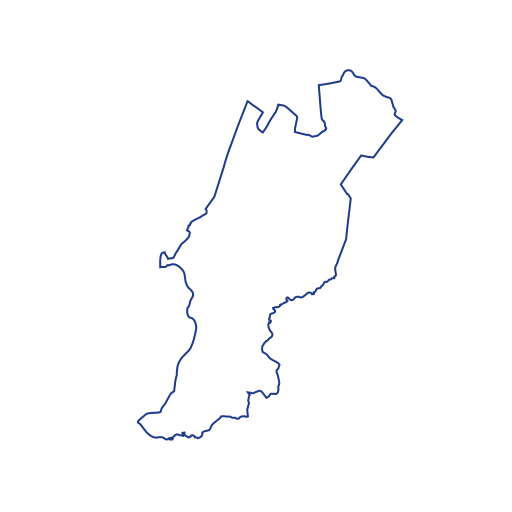 the district of Passore, Passoré, Burkina Faso, rotated 126°
{"feature_id": "67063806B82563699600395", "entity_name": "Passore", "entity_type": "district", "adm_level": 2, "iso_a3": "BFA", "parent_name": "Burkina Faso", "parent_adm1": "Passoré", "projection": "albers", "projection_center": [-2.033, 12.893], "detail": "fine", "context": "isolated", "style": "outline", "palette": "blue", "viewbox_px": 512, "rotation_deg": 126, "n_neighbors": 0, "source": "geoboundaries", "source_scale": "gbopen_adm2", "svg_char_len": 6119}
<svg xmlns="http://www.w3.org/2000/svg" viewBox="0 0 512 512"><g transform="rotate(126 256 256)"><path d="M80.9,305.6L99.1,290.1L105.2,284.6L106.6,283.1L106.7,282.7L107.2,281.7L107.0,281.2L107.0,280.7L107.5,279.9L107.8,278.7L110.5,276.3L110.8,275.2L111.3,274.3L111.8,274.1L113.0,273.9L113.0,274.2L113.8,274.1L114.8,274.4L117.2,275.7L120.0,276.2L122.6,277.0L126.4,280.5L127.0,284.5L127.2,285.0L127.9,285.7L128.7,287.2L132.8,297.4L130.2,299.3L120.3,303.7L119.1,304.8L118.8,305.8L118.3,311.0L117.7,317.2L117.7,320.1L117.8,321.5L119.7,325.5L120.3,326.5L120.3,326.9L120.6,327.0L121.5,326.2L122.4,326.3L123.3,326.0L124.0,325.5L126.1,325.2L127.6,324.6L129.7,324.8L132.4,324.5L135.8,324.4L139.5,324.1L143.3,323.5L147.1,323.2L152.0,323.1L152.2,324.5L151.9,328.4L150.8,330.6L149.3,331.9L148.4,332.9L146.2,333.8L139.6,334.5L138.2,334.5L135.7,334.9L135.6,343.1L135.8,347.5L135.6,352.5L135.8,353.8L161.0,347.2L189.5,339.1L198.2,336.2L203.5,334.2L232.6,324.5L247.6,324.4L247.7,323.6L248.4,322.6L250.2,321.3L251.2,321.3L252.0,321.6L253.1,322.2L257.9,324.2L262.6,326.7L266.3,328.3L267.4,328.4L267.6,328.1L268.7,328.1L269.5,327.6L270.1,327.6L270.5,327.8L270.8,328.4L271.3,328.4L272.3,327.6L275.7,327.0L275.9,326.1L275.5,325.0L275.5,324.3L276.0,323.3L278.3,322.1L279.8,321.6L282.5,321.7L285.4,322.1L290.7,323.4L297.4,322.7L300.7,322.6L305.6,321.8L306.4,322.0L306.6,322.4L308.0,323.3L308.2,324.0L310.0,325.4L308.9,327.4L307.8,330.6L306.8,331.9L307.4,332.0L307.5,332.9L308.0,333.3L309.2,333.7L310.0,333.7L312.0,333.1L315.8,331.0L321.4,326.9L319.8,325.3L318.7,323.5L318.1,322.9L316.4,322.3L316.0,322.4L315.1,321.9L315.1,321.4L312.6,319.5L311.2,318.0L310.4,316.5L310.0,314.9L309.8,312.2L310.0,309.9L310.5,307.3L311.3,305.2L312.4,303.5L318.5,297.5L319.9,295.4L320.8,293.6L321.4,291.9L321.6,289.7L322.2,287.0L323.0,285.4L323.8,284.5L324.9,283.8L326.2,283.3L329.3,283.0L331.0,282.7L332.6,282.1L333.4,281.5L334.8,281.2L335.6,280.8L336.4,280.7L336.7,280.9L338.4,280.9L340.2,279.9L342.5,278.1L343.9,276.4L344.8,274.3L344.7,273.5L344.1,271.7L343.9,270.3L344.4,268.0L345.3,266.2L347.0,264.2L348.8,262.4L350.2,261.6L354.2,259.7L360.1,257.2L363.9,256.0L369.0,254.8L372.0,254.8L381.3,256.2L384.1,256.2L387.6,255.8L390.1,255.1L392.3,254.2L397.2,251.4L398.8,250.1L402.0,248.9L404.9,247.6L413.6,242.7L414.8,243.3L417.5,244.0L420.4,243.8L428.4,242.7L430.7,242.7L432.2,242.9L434.0,242.8L435.5,242.5L438.1,241.6L439.2,242.2L440.2,243.1L443.9,247.7L447.1,251.2L448.7,252.0L457.7,254.2L458.8,254.3L459.8,253.9L460.1,253.5L460.2,252.2L460.0,250.9L462.1,244.1L463.0,240.6L463.4,236.4L462.9,232.5L462.1,230.8L461.0,229.2L459.8,228.2L457.9,225.6L457.5,224.2L457.4,221.5L456.8,220.2L455.0,219.4L453.8,218.7L453.0,217.7L454.9,217.7L454.1,216.3L453.5,215.8L451.2,216.5L450.3,216.5L449.3,216.1L448.9,216.3L447.0,215.5L446.6,214.2L445.9,213.4L445.7,212.1L444.6,210.1L444.4,209.3L444.2,209.0L443.8,209.1L443.1,209.9L442.7,211.4L442.3,211.6L441.7,210.6L440.9,210.3L440.8,210.1L441.1,209.8L441.8,209.6L442.7,209.1L442.6,208.1L442.8,206.9L442.5,204.2L442.2,203.7L441.7,203.7L441.0,202.9L440.5,202.8L440.1,203.1L439.5,203.1L438.3,202.0L438.1,201.7L438.0,199.6L438.6,198.8L437.6,197.0L437.6,195.9L437.2,195.8L435.9,194.7L434.0,194.3L433.8,194.1L431.9,194.5L430.4,195.7L429.3,195.3L428.1,194.7L424.6,191.6L422.9,191.5L419.8,192.1L418.9,192.4L415.9,191.9L408.6,189.9L406.2,189.9L404.6,188.0L403.6,186.1L401.1,182.4L400.9,180.4L400.7,179.8L399.3,178.2L399.0,176.2L398.3,174.8L397.8,174.4L395.9,174.2L394.8,173.7L393.8,172.9L392.3,170.9L391.7,169.2L390.6,168.2L385.5,172.8L379.1,175.2L378.7,175.6L378.6,175.9L378.1,176.7L377.3,177.5L375.2,178.4L373.8,179.2L372.2,179.3L371.9,179.7L371.8,180.5L371.1,182.5L370.8,182.0L370.8,181.1L369.7,180.1L369.6,179.0L368.7,177.6L366.1,176.2L363.2,174.2L362.7,173.4L362.5,172.6L362.5,171.3L364.6,164.2L361.9,163.0L360.2,163.3L358.8,163.1L357.9,161.7L356.7,160.2L356.1,158.9L355.3,158.4L353.7,158.2L351.5,158.9L348.2,161.4L346.9,161.6L345.6,162.1L344.7,162.8L340.0,167.8L337.8,171.1L336.9,171.9L336.0,172.2L334.2,171.8L333.5,171.9L332.2,172.5L330.2,173.0L329.8,174.2L329.6,175.5L329.9,178.3L330.4,181.2L330.6,184.7L329.6,188.4L329.4,190.2L329.7,194.4L328.8,195.2L328.2,196.1L325.2,197.9L324.0,197.8L323.7,197.7L322.6,198.1L321.7,198.1L321.2,198.1L320.3,197.7L319.2,197.9L317.7,197.0L314.4,196.8L313.4,196.2L312.5,196.0L311.6,195.9L310.4,196.2L310.0,196.4L309.4,197.1L308.5,198.7L308.2,200.6L306.2,204.0L304.5,205.6L302.0,206.4L302.0,205.4L300.5,205.4L300.0,205.6L299.6,206.0L299.8,207.2L299.8,207.9L299.5,208.4L296.5,209.3L295.2,210.1L294.6,210.1L293.4,209.6L292.2,208.5L291.2,208.1L290.3,207.8L289.7,207.9L289.0,208.6L288.7,209.3L288.7,210.7L287.9,211.6L285.5,209.7L284.8,208.5L284.0,207.9L282.2,207.2L281.4,207.8L280.9,207.7L280.3,206.8L278.0,206.0L276.8,205.2L274.1,204.0L273.7,204.4L273.6,205.2L272.8,206.4L272.1,206.6L271.3,206.5L270.8,205.8L271.2,202.9L271.1,201.6L270.2,200.6L269.5,200.3L268.1,200.0L267.0,200.1L266.1,199.8L265.5,199.4L264.3,198.1L263.7,197.2L263.5,195.6L261.9,194.1L261.5,194.1L258.5,193.1L255.9,192.6L254.7,192.0L253.9,190.9L253.5,189.9L253.6,189.2L254.0,188.1L252.8,186.9L252.3,187.0L251.8,187.9L251.4,188.0L250.2,187.2L249.3,187.1L248.3,187.5L246.7,187.4L245.5,186.7L244.4,185.4L243.7,185.2L242.0,185.3L240.5,184.8L237.0,185.2L236.0,184.7L235.6,183.7L234.5,183.1L232.2,183.0L231.1,181.7L229.5,181.6L228.9,180.6L227.8,179.7L227.0,180.5L226.2,180.4L225.1,179.9L224.1,180.3L223.5,180.9L221.0,183.4L219.4,184.7L218.0,185.4L214.0,186.1L211.5,187.0L189.4,193.0L180.3,198.3L153.7,213.2L151.9,217.8L152.4,218.5L148.2,229.5L130.8,229.9L112.9,230.0L110.2,224.1L107.2,218.9L77.6,218.5L60.1,217.6L60.6,222.3L60.5,225.1L60.1,227.0L58.7,227.7L57.4,227.8L56.3,228.5L55.8,229.8L55.0,231.0L54.7,232.3L50.0,238.3L49.4,240.1L49.7,241.4L50.6,243.7L51.3,246.8L51.4,248.2L51.0,250.9L49.8,255.9L49.5,258.5L49.8,260.7L50.7,262.8L49.9,265.1L49.0,269.2L48.6,271.3L48.6,272.6L49.0,274.0L52.0,280.4L52.1,281.9L51.7,283.3L50.9,285.1L50.4,286.8L50.4,288.6L51.2,290.2L52.0,291.2L53.0,291.8L54.2,292.3L55.8,292.6L58.2,292.0L60.9,291.9L63.7,290.6L65.0,290.6L65.7,291.0L72.8,297.5L80.9,305.6Z" fill="none" stroke="#1e3a8a" stroke-width="2"/></g></svg>